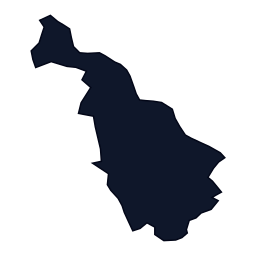 the district of Alayköy, Cyprus
{"feature_id": "46923920B56157666761112", "entity_name": "Alayköy", "entity_type": "district", "adm_level": 2, "iso_a3": "CYP", "parent_name": "Cyprus", "parent_adm1": "", "projection": "equal_earth", "projection_center": [33.249, 35.201], "detail": "fine", "context": "isolated", "style": "filled", "palette": "ink", "viewbox_px": 256, "rotation_deg": 0, "n_neighbors": 0, "source": "geoboundaries", "source_scale": "gbopen_adm2", "svg_char_len": 1022}
<svg xmlns="http://www.w3.org/2000/svg" viewBox="0 0 256 256"><path d="M35.7,67.5L51.2,61.6L67.0,66.4L75.9,67.3L86.4,71.2L82.0,79.8L90.8,87.5L81.1,102.8L78.5,113.4L93.5,116.2L95.3,126.8L100.5,148.9L101.4,161.3L92.6,163.2L108.5,173.7L107.4,184.7L110.8,190.3L118.1,198.3L122.1,205.6L124.3,212.4L128.8,222.2L132.8,230.8L140.1,228.4L146.9,222.8L154.8,227.1L154.8,234.5L163.8,240.6L175.7,240.0L181.9,237.6L187.3,233.0L186.4,229.6L189.2,220.4L196.0,217.9L201.1,213.0L211.2,209.3L218.2,200.7L212.0,197.5L215.8,195.2L221.4,192.1L212.4,181.1L207.9,177.4L213.5,168.2L218.6,162.0L224.8,157.7L220.3,152.8L209.5,146.7L198.8,141.8L190.9,138.1L185.3,135.0L179.6,126.4L175.1,118.4L172.3,109.2L161.6,102.5L153.1,101.2L145.2,100.6L139.6,100.0L136.2,93.9L133.9,87.1L130.0,76.1L126.6,70.0L120.4,64.4L114.7,62.0L105.1,55.8L99.5,52.8L87.6,53.4L79.7,52.8L73.5,46.6L71.3,37.4L69.6,28.9L63.9,25.2L57.7,21.5L50.4,15.4L39.7,20.3L44.2,27.0L41.4,35.6L39.1,43.0L31.2,50.9L32.9,59.5L35.7,67.5Z" fill="#0f172a" stroke="#020617" stroke-width="1.5"/></svg>